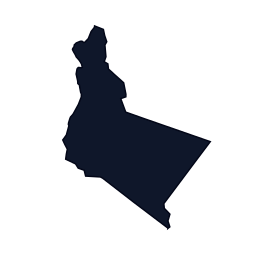 Alameda, California, United States of America (Equal Earth projection), rotated 37°
{"feature_id": "52423323B34460466024259", "entity_name": "Alameda", "entity_type": "district", "adm_level": 2, "iso_a3": "USA", "parent_name": "United States of America", "parent_adm1": "California", "projection": "equal_earth", "projection_center": [-122.096, 37.68], "detail": "fine", "context": "isolated", "style": "filled", "palette": "ink", "viewbox_px": 256, "rotation_deg": 37, "n_neighbors": 0, "source": "geoboundaries", "source_scale": "gbopen_adm2", "svg_char_len": 1098}
<svg xmlns="http://www.w3.org/2000/svg" viewBox="0 0 256 256"><g transform="rotate(37 128 128)"><path d="M39.9,66.6L40.6,67.8L40.5,73.1L42.5,80.5L42.0,84.7L41.9,85.5L41.4,86.3L39.0,86.4L37.7,87.5L35.5,91.2L35.1,94.1L35.9,95.1L36.1,98.0L36.5,98.8L38.7,99.9L41.8,101.2L44.0,102.4L45.7,102.7L48.0,103.2L50.4,104.0L52.6,105.0L55.0,107.1L54.5,108.1L53.0,108.8L51.9,109.6L51.7,111.1L52.1,112.2L54.1,116.1L59.5,120.7L61.2,122.7L63.3,122.9L64.7,124.3L68.6,127.9L70.4,129.0L72.1,131.4L72.1,131.5L74.2,139.0L75.6,148.5L75.8,150.3L75.5,153.9L76.0,155.7L77.5,159.8L78.3,161.1L79.4,161.7L83.0,170.7L83.1,175.8L83.1,176.8L87.2,179.0L92.3,181.4L94.4,185.8L97.0,190.4L107.7,188.2L112.4,190.0L118.4,188.1L123.1,191.9L135.4,183.7L138.0,183.3L177.8,183.8L220.2,183.9L220.3,184.1L220.9,181.8L215.8,178.2L213.3,171.6L205.3,170.3L202.1,166.8L201.9,110.1L201.9,89.4L197.6,90.8L134.7,111.0L116.6,116.7L104.5,108.9L107.5,104.4L106.0,102.3L97.3,94.5L84.2,93.4L82.6,93.2L76.9,92.7L73.3,88.9L69.1,89.4L67.5,84.4L59.6,75.6L59.1,71.9L53.7,68.2L49.0,64.1L39.9,66.6Z" fill="#0f172a" stroke="#020617" stroke-width="1.5"/></g></svg>